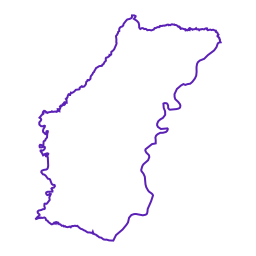 Belalcázar, Caldas, Colombia (Mercator projection)
{"feature_id": "7082276B3626983095163", "entity_name": "Belalcázar", "entity_type": "district", "adm_level": 2, "iso_a3": "COL", "parent_name": "Colombia", "parent_adm1": "Caldas", "projection": "mercator", "projection_center": [-75.815, 4.994], "detail": "fine", "context": "isolated", "style": "outline", "palette": "violet", "viewbox_px": 256, "rotation_deg": 0, "n_neighbors": 0, "source": "geoboundaries", "source_scale": "gbopen_adm2", "svg_char_len": 5670}
<svg xmlns="http://www.w3.org/2000/svg" viewBox="0 0 256 256"><path d="M174.3,24.5L173.1,24.6L172.2,24.3L171.4,24.4L170.5,25.1L169.7,25.1L169.2,24.9L168.6,25.2L168.0,24.6L166.8,24.8L165.9,25.4L165.2,25.3L164.7,25.7L163.0,25.6L162.1,26.0L160.1,25.9L159.8,26.1L159.8,26.7L159.1,27.2L157.6,27.1L155.6,28.1L154.6,28.1L153.8,29.5L151.3,30.4L149.3,29.9L147.3,30.2L146.4,29.2L145.5,28.9L144.2,29.1L143.5,28.4L142.4,28.1L141.7,28.2L140.3,29.0L139.2,27.6L139.1,24.8L138.5,22.6L136.7,20.7L133.9,18.9L135.6,16.7L135.6,16.1L134.2,15.4L132.0,15.4L131.9,17.3L131.5,18.0L129.7,18.9L127.2,19.5L126.0,20.8L123.9,23.5L123.4,24.3L123.3,25.3L122.5,26.3L120.5,27.1L119.6,28.1L119.2,29.1L119.3,31.1L118.2,31.8L117.9,33.3L117.2,34.2L117.2,34.7L116.2,35.7L116.0,36.3L116.4,39.4L116.3,42.4L116.6,42.9L116.4,44.1L114.2,49.2L113.2,50.4L111.3,51.9L111.2,54.5L110.3,55.2L109.5,54.9L109.2,56.3L108.7,56.4L107.7,57.3L106.1,57.7L105.7,58.8L105.9,60.7L104.5,62.1L103.5,64.1L102.4,64.6L102.3,65.4L101.8,65.9L99.3,66.1L95.9,68.2L95.3,69.6L94.5,70.7L94.2,71.8L93.1,72.7L92.4,74.3L90.9,76.1L90.6,76.9L90.5,78.5L90.2,79.2L88.9,80.3L88.0,79.9L87.5,80.1L87.2,81.1L86.3,81.8L85.8,84.4L84.3,86.4L82.6,86.9L82.2,86.8L81.8,86.2L79.7,87.7L79.6,89.0L79.1,89.4L75.8,89.8L74.3,91.5L72.5,92.7L71.7,92.9L70.9,92.6L70.1,95.0L69.7,95.0L69.0,94.2L68.6,94.2L67.7,96.0L67.5,97.3L66.7,98.0L66.8,98.5L65.9,99.0L66.5,99.9L66.7,102.8L65.7,102.8L64.8,102.2L64.4,102.3L63.9,103.0L65.0,103.9L64.9,104.4L63.9,105.1L62.6,104.5L62.4,105.1L61.9,105.3L61.7,106.1L61.1,106.3L60.6,105.8L59.9,106.6L60.4,107.7L59.8,109.1L57.7,109.1L57.8,109.6L59.1,110.0L59.4,110.7L59.4,111.2L57.7,110.5L57.3,110.8L57.3,111.5L56.3,111.9L55.2,111.5L52.8,111.9L51.9,111.3L51.2,111.9L48.9,112.2L47.3,112.9L46.9,112.3L46.1,112.4L46.0,111.8L45.1,111.1L44.4,111.3L44.0,110.9L43.2,111.6L42.8,112.8L43.6,112.9L43.4,113.8L41.6,115.1L39.5,117.7L40.8,118.5L41.2,119.7L40.9,120.5L39.3,122.4L39.3,124.3L39.5,124.8L41.1,126.2L42.6,126.3L44.3,125.7L44.9,126.0L44.7,127.1L43.5,128.8L42.9,130.9L43.3,132.2L44.8,133.3L45.3,134.1L46.0,134.2L46.4,133.9L46.4,131.6L46.6,131.2L47.7,131.1L47.9,131.8L47.3,133.6L47.0,137.5L45.5,139.3L45.2,140.5L44.1,141.0L43.6,141.6L43.4,144.9L43.2,145.2L42.2,145.4L41.1,144.9L40.1,144.8L39.6,145.5L39.6,146.9L39.8,147.3L41.3,147.4L44.2,146.7L44.9,147.2L44.8,148.6L43.4,150.2L42.4,150.6L41.4,150.3L40.6,150.5L40.6,151.3L41.9,152.9L43.1,155.4L43.6,155.2L44.2,154.3L47.1,153.3L47.8,153.4L48.3,153.9L47.7,155.1L45.8,155.8L46.0,156.3L47.2,156.6L47.8,157.1L48.2,165.8L47.8,167.9L47.3,168.9L46.4,169.5L43.8,169.9L42.0,170.6L41.4,171.3L41.3,172.2L42.9,174.3L44.2,174.6L45.6,175.6L47.9,178.7L49.4,179.0L50.0,179.4L51.7,183.9L52.8,184.8L54.2,184.9L54.7,185.2L54.9,186.2L53.9,187.6L52.0,188.0L51.4,188.6L52.5,190.6L52.4,191.6L47.4,191.8L46.2,192.5L46.1,193.4L46.5,194.3L47.3,195.1L48.3,194.9L49.8,193.8L50.8,194.1L49.3,197.4L49.7,199.9L47.0,203.5L46.5,203.8L44.8,203.6L44.5,203.8L44.3,206.1L44.9,208.0L44.7,208.8L44.2,209.1L42.9,209.2L41.3,210.0L38.8,210.5L37.9,211.2L37.6,211.7L37.8,212.9L39.4,214.4L39.6,214.9L39.3,215.6L37.6,216.8L35.4,219.3L39.1,217.9L40.1,218.1L40.9,217.5L41.9,218.0L44.5,217.5L45.4,218.1L46.2,220.2L47.5,220.7L48.5,222.1L51.5,224.3L52.8,224.1L54.2,222.6L54.5,222.7L54.7,223.6L55.0,223.7L55.6,222.2L56.1,222.1L56.9,223.4L57.4,222.4L58.0,222.5L58.5,223.0L59.0,224.2L60.4,224.4L61.8,225.8L63.1,225.6L64.0,226.5L64.9,226.1L65.6,226.7L67.1,227.1L67.9,227.1L69.4,226.6L70.7,227.3L71.3,226.3L71.8,226.4L72.4,226.0L73.2,226.1L75.0,225.7L76.1,226.1L77.3,225.8L79.6,228.0L81.0,228.9L82.4,229.3L83.9,230.3L84.9,230.6L87.6,232.4L90.0,232.5L91.3,232.9L92.2,232.5L92.4,232.8L92.8,231.8L92.9,232.1L92.7,232.6L93.3,232.9L93.7,233.9L95.9,234.7L97.2,235.6L97.4,236.1L98.2,236.3L99.2,237.3L101.3,237.7L103.5,239.4L105.4,239.7L106.6,239.6L109.1,240.4L113.3,240.6L116.0,235.1L122.6,229.5L126.6,224.6L128.0,222.4L129.1,217.7L131.4,215.0L134.0,214.1L136.0,214.0L142.9,215.3L145.7,214.7L146.9,213.8L147.4,212.1L147.7,209.0L151.1,201.2L153.0,195.5L152.6,194.5L151.8,193.6L149.1,191.7L148.1,190.5L146.3,187.3L145.5,184.4L144.8,176.7L143.4,173.6L141.5,171.2L141.2,170.0L142.1,166.7L142.8,165.2L143.6,164.1L148.1,160.2L149.3,157.1L149.0,155.4L148.6,154.8L146.4,152.7L145.7,151.5L145.3,150.3L145.6,149.2L152.0,144.1L155.7,143.4L155.7,140.1L155.4,137.5L156.1,135.6L157.6,134.2L160.3,132.8L162.8,132.8L165.9,132.0L167.2,130.8L167.7,129.5L167.8,128.9L167.4,128.4L160.9,129.0L157.9,126.9L157.1,125.2L157.2,123.6L158.3,121.2L160.3,119.4L162.9,117.9L165.1,115.0L165.2,114.5L165.1,111.3L163.7,107.8L163.4,103.6L164.4,103.1L165.7,103.1L166.8,103.4L167.4,104.0L168.1,105.5L168.2,108.1L169.2,109.4L169.9,109.7L176.3,109.1L178.4,108.6L179.6,108.0L180.1,107.3L180.4,105.7L180.0,104.3L178.2,101.9L175.3,99.2L174.6,97.0L174.5,94.2L176.9,89.0L181.0,85.5L183.4,84.1L185.3,84.9L187.6,84.1L190.2,83.7L192.4,81.8L194.9,78.5L196.2,75.7L196.6,72.0L196.5,67.5L196.7,65.8L197.1,63.8L197.9,62.2L199.9,60.5L204.2,58.8L207.9,55.1L213.5,50.9L214.3,50.2L216.5,47.1L217.6,43.9L218.2,43.0L219.5,42.4L220.6,42.3L219.9,40.7L219.9,39.3L219.2,38.7L219.2,37.6L217.5,36.4L217.5,35.8L218.2,35.3L218.5,34.6L217.8,34.0L217.3,32.5L215.9,31.9L215.9,30.7L214.8,30.5L213.1,29.7L211.6,30.1L210.2,29.6L207.8,30.2L206.9,29.4L207.1,28.4L206.9,28.3L205.4,28.5L204.1,29.4L202.1,29.0L201.1,29.4L200.2,29.3L199.2,30.2L198.5,29.3L197.0,29.4L196.1,28.2L195.2,29.1L193.0,29.4L192.5,29.7L191.9,29.1L191.0,29.1L190.4,28.3L189.5,28.1L188.7,29.0L189.3,29.6L189.4,30.1L188.2,29.9L187.8,30.2L187.2,30.1L187.0,30.3L186.4,29.8L185.5,30.3L185.0,29.1L184.3,29.2L182.3,28.5L180.7,28.9L179.9,27.8L180.2,27.4L179.1,26.5L178.3,26.8L177.5,25.8L175.9,25.0L174.6,24.9L174.3,24.5Z" fill="none" stroke="#5b21b6" stroke-width="2"/></svg>